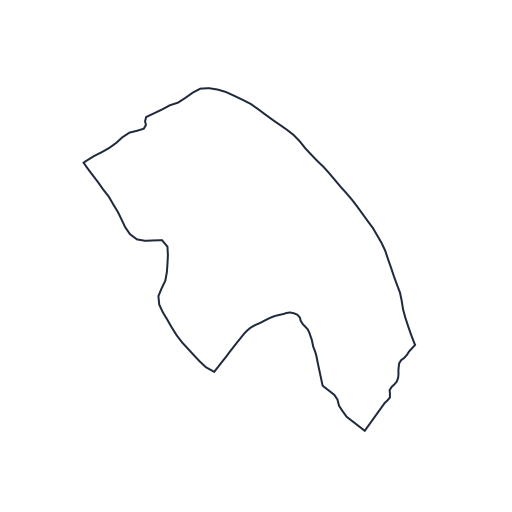 the district of Bayhan, Shabwah, Yemen, rotated 308°
{"feature_id": "15242507B90213953607166", "entity_name": "Bayhan", "entity_type": "district", "adm_level": 2, "iso_a3": "YEM", "parent_name": "Yemen", "parent_adm1": "Shabwah", "projection": "albers", "projection_center": [45.708, 14.757], "detail": "fine", "context": "isolated", "style": "outline", "palette": "slate", "viewbox_px": 512, "rotation_deg": 308, "n_neighbors": 0, "source": "geoboundaries", "source_scale": "gbopen_adm2", "svg_char_len": 2211}
<svg xmlns="http://www.w3.org/2000/svg" viewBox="0 0 512 512"><g transform="rotate(308 256 256)"><path d="M185.2,449.3L219.5,447.9L223.0,448.5L227.0,448.6L230.1,446.2L232.7,443.8L236.6,443.5L240.2,444.1L243.8,444.2L247.5,443.0L250.5,441.1L253.2,438.9L256.5,436.7L259.6,434.9L263.2,434.5L266.9,435.5L271.1,435.8L274.8,435.4L283.9,436.1L285.2,433.7L289.5,426.6L294.4,419.0L299.3,411.7L304.5,404.7L310.4,398.4L315.8,392.0L320.5,384.2L325.0,377.0L329.0,371.0L330.0,369.5L334.7,362.1L339.7,354.6L343.5,347.1L346.9,338.7L350.1,330.6L352.4,322.1L354.9,313.6L357.3,305.1L359.2,297.9L359.5,296.6L361.3,287.8L362.7,279.6L362.9,278.8L364.5,271.2L366.3,262.6L367.8,254.3L368.6,245.9L369.9,237.0L371.2,228.6L373.3,219.9L374.5,211.3L374.5,202.7L374.0,193.4L373.7,188.9L373.5,184.5L373.2,175.8L373.0,167.4L372.6,158.4L370.9,149.6L368.8,140.1L366.7,131.3L363.6,123.4L359.2,115.5L353.6,109.1L345.8,105.6L337.4,103.1L328.8,100.1L321.7,95.3L313.9,91.9L297.9,83.9L293.9,85.6L291.5,88.6L287.2,89.2L281.9,85.5L275.3,80.3L267.2,77.6L259.0,76.2L250.8,73.8L243.0,70.6L234.7,66.7L226.3,63.6L223.4,62.7L221.6,68.4L219.4,76.5L216.9,86.1L214.3,94.7L212.2,103.3L208.8,111.7L205.5,120.4L201.8,127.9L198.1,135.3L195.6,143.3L195.8,152.0L199.8,159.4L205.3,165.8L210.6,172.2L208.8,180.5L202.5,186.0L195.7,190.8L188.4,195.7L180.8,199.7L172.2,201.6L164.3,203.8L158.1,209.7L154.3,217.2L151.3,225.1L148.1,232.8L144.7,242.2L142.4,251.0L141.0,259.6L139.6,267.9L138.3,276.4L137.5,284.9L138.8,293.3L139.0,294.4L143.2,294.4L146.7,294.4L150.2,294.4L153.8,294.4L157.8,294.5L161.4,294.4L163.7,294.3L165.4,294.3L169.6,294.3L173.1,294.3L177.1,294.3L180.6,294.4L184.2,294.4L188.0,294.5L191.5,294.9L195.3,295.6L196.4,296.0L198.6,296.8L201.7,298.2L203.6,299.3L206.9,301.0L210.1,302.4L213.9,304.2L216.9,305.7L217.7,306.3L218.0,306.3L221.1,308.4L224.0,310.7L227.0,313.2L230.1,315.3L232.6,317.8L234.3,321.4L235.2,324.8L234.5,328.5L232.4,331.2L231.1,334.9L230.6,338.5L230.0,342.0L228.3,345.4L226.2,348.6L224.2,351.7L224.1,351.8L221.8,354.5L219.6,357.2L217.7,360.4L215.8,363.3L213.6,366.1L211.1,368.9L196.1,386.8L194.8,388.4L194.8,394.1L194.8,403.2L193.0,408.6L189.1,413.6L187.1,419.5L185.1,426.5L185.2,449.3Z" fill="none" stroke="#1e293b" stroke-width="2"/></g></svg>